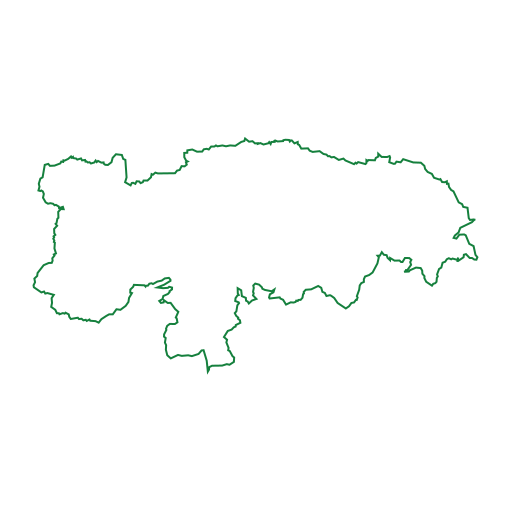 the district of Bolaños, Jalisco, Mexico, rotated 182°
{"feature_id": "50627088B97238980475800", "entity_name": "Bolaños", "entity_type": "district", "adm_level": 2, "iso_a3": "MEX", "parent_name": "Mexico", "parent_adm1": "Jalisco", "projection": "albers", "projection_center": [-103.879, 21.899], "detail": "fine", "context": "isolated", "style": "outline", "palette": "green", "viewbox_px": 512, "rotation_deg": 182, "n_neighbors": 0, "source": "geoboundaries", "source_scale": "gbopen_adm2", "svg_char_len": 6095}
<svg xmlns="http://www.w3.org/2000/svg" viewBox="0 0 512 512"><g transform="rotate(182 256 256)"><path d="M341.2,153.7L337.6,150.7L330.5,154.4L326.7,153.6L320.3,154.4L316.6,153.7L310.0,156.1L307.1,159.7L305.1,160.0L301.6,149.6L300.1,138.8L299.0,140.8L299.0,143.2L296.1,144.8L286.0,145.3L281.4,146.9L278.7,146.4L274.4,149.4L274.3,153.8L276.0,155.1L278.9,160.1L280.5,160.8L280.2,163.2L282.6,168.6L282.0,171.3L285.2,173.9L281.6,180.1L277.8,181.6L275.7,184.0L273.9,184.8L273.8,186.3L269.3,188.7L269.8,191.2L271.8,192.7L271.6,193.8L273.7,195.5L275.2,198.2L273.7,200.0L272.9,206.1L271.3,208.3L271.7,209.1L275.2,210.3L275.0,213.1L273.2,215.9L271.9,216.4L272.9,218.0L273.2,223.2L269.6,221.2L268.7,215.4L264.7,213.8L264.4,211.0L262.7,210.2L261.5,208.3L258.4,211.4L254.1,213.1L257.6,216.5L257.0,218.7L257.7,220.0L257.1,224.0L257.7,226.4L255.8,228.4L251.9,227.5L249.0,224.9L248.5,223.5L245.9,222.4L239.1,221.3L236.5,223.2L237.3,220.3L240.8,218.2L241.5,215.0L240.9,214.0L230.9,215.5L230.1,214.3L227.4,213.2L224.3,208.5L219.7,210.9L216.8,210.8L214.8,211.5L214.2,212.8L212.7,212.5L212.1,213.6L209.9,213.7L208.1,215.9L207.6,219.5L206.8,220.2L207.1,221.7L205.1,224.0L199.7,224.6L192.8,228.2L189.7,226.5L188.4,222.5L185.9,221.5L184.2,218.5L180.7,219.4L179.5,218.9L176.4,216.8L172.8,211.9L164.4,206.7L161.3,209.0L159.0,212.4L156.4,213.0L154.6,215.7L153.8,215.6L153.0,218.1L153.8,219.3L151.7,225.9L151.3,230.2L149.8,232.6L147.3,233.8L147.4,236.6L146.3,239.3L142.3,240.9L138.9,243.6L134.4,252.8L133.2,259.0L134.5,260.5L132.2,260.7L130.4,264.2L128.3,261.7L125.5,261.4L124.4,258.7L121.9,256.5L121.9,258.7L117.4,256.2L112.4,256.5L110.9,255.1L109.4,255.1L107.1,259.2L102.8,259.3L100.6,257.6L101.7,255.3L100.7,252.6L104.3,247.1L105.6,247.2L106.0,246.1L107.4,245.4L102.7,245.8L101.7,247.1L95.7,250.0L91.0,249.7L89.4,247.2L89.1,244.1L86.9,241.7L87.0,239.9L85.0,236.2L79.1,232.5L77.9,234.4L75.9,235.1L74.7,236.5L74.5,240.4L73.6,242.0L74.4,243.9L72.6,249.4L70.4,250.9L69.3,255.8L66.7,256.9L65.2,259.4L63.2,260.5L60.8,259.5L59.5,260.3L54.7,259.2L53.8,261.5L54.5,258.1L54.0,258.0L48.5,262.0L48.3,264.5L46.2,265.2L42.4,261.5L39.9,261.5L37.8,260.1L35.6,260.0L34.7,262.5L36.7,264.8L38.9,273.5L43.3,275.6L47.1,284.0L48.7,284.8L53.5,284.4L56.3,280.4L59.1,281.0L58.0,283.4L54.4,286.6L52.8,291.3L41.4,297.3L39.1,299.9L38.0,299.8L39.8,300.1L43.4,299.5L44.7,301.3L46.3,311.6L50.6,312.3L51.8,315.0L55.3,316.7L60.9,327.5L63.3,328.8L65.5,331.7L66.2,335.0L67.7,334.8L67.9,337.3L69.8,336.3L72.6,336.4L74.4,339.3L75.3,338.8L80.8,340.4L83.1,344.2L87.4,346.0L90.0,348.9L90.9,352.0L94.5,355.0L102.1,355.0L112.3,357.9L114.7,354.7L118.9,355.2L120.3,353.1L121.6,352.9L126.1,354.4L125.4,359.2L126.0,360.5L128.4,359.5L133.9,359.4L137.4,362.5L137.3,359.6L139.7,358.2L140.5,355.8L147.1,355.8L147.7,354.9L149.0,355.7L148.9,352.8L149.8,351.7L157.2,353.4L158.7,351.9L159.8,352.7L161.2,351.2L170.0,354.6L172.0,356.4L176.6,354.9L181.5,357.7L184.1,357.2L186.0,358.4L187.5,358.2L189.1,359.8L192.1,360.3L196.1,363.0L203.0,362.0L206.0,363.1L207.8,365.4L214.5,364.9L216.7,368.5L218.1,369.1L218.3,371.4L221.5,369.9L224.2,372.7L225.2,372.8L226.2,371.6L227.0,373.1L230.6,373.2L232.7,372.7L232.9,371.8L238.4,371.2L240.9,372.1L241.6,371.8L241.4,370.7L244.6,370.5L245.3,368.4L246.8,370.3L247.6,369.1L252.4,367.7L255.6,369.0L258.1,368.1L258.1,368.8L260.9,368.5L263.5,370.6L266.9,370.0L271.0,373.0L271.7,370.5L274.7,369.5L280.5,365.4L285.7,365.6L289.8,364.6L293.4,365.3L298.4,364.3L299.9,365.1L301.3,364.0L304.7,363.8L306.9,360.8L309.0,361.4L311.9,360.8L313.4,358.5L318.6,358.2L323.4,360.2L328.3,359.2L328.3,356.8L331.3,356.5L331.1,352.2L329.1,348.8L327.6,348.1L329.3,347.2L328.4,344.9L330.5,343.1L333.5,343.2L335.3,339.3L337.9,338.6L339.8,335.9L357.0,335.1L359.5,335.8L361.9,333.6L363.2,334.2L363.7,331.0L367.1,327.6L371.0,327.5L371.7,325.8L373.9,324.8L375.3,326.4L377.9,326.5L379.1,323.9L381.4,324.9L382.7,324.6L383.8,322.2L389.4,325.2L388.1,330.0L389.9,347.5L392.1,348.4L393.6,352.3L399.5,352.8L402.7,349.1L403.7,344.7L407.2,341.8L409.9,341.9L411.4,343.0L411.6,344.2L413.8,343.9L417.2,345.5L418.5,344.3L419.6,345.8L420.9,343.8L424.2,342.7L425.6,343.9L427.4,343.6L428.8,344.7L429.7,344.4L430.2,346.0L433.2,345.5L434.3,347.4L438.0,346.1L439.1,347.1L442.1,347.5L442.4,348.7L443.8,347.8L444.4,349.0L447.1,346.5L450.7,344.6L451.8,344.9L452.0,343.3L453.9,343.6L454.8,341.7L460.5,339.3L465.1,338.9L466.8,340.8L470.3,339.7L472.0,327.2L474.2,325.8L475.6,320.6L474.8,317.7L475.7,313.9L473.8,313.4L472.9,314.0L471.3,313.1L470.2,310.6L470.9,306.8L468.1,302.3L465.7,301.0L463.3,301.6L460.6,301.1L459.1,299.7L457.7,300.1L454.8,298.5L454.5,297.0L450.7,298.4L449.9,296.1L452.7,296.1L455.2,293.2L454.8,287.3L455.8,286.3L456.5,282.0L457.4,281.1L455.8,279.3L458.7,276.0L458.4,271.7L457.3,270.1L459.0,268.6L458.4,267.5L459.2,266.2L458.1,264.5L458.5,263.0L457.5,262.3L457.7,256.5L456.0,251.6L458.1,250.5L457.4,249.4L459.5,246.6L459.1,244.2L459.9,242.0L462.9,241.8L467.9,239.4L473.7,231.4L474.0,228.4L476.7,225.7L475.9,222.1L477.3,219.0L476.9,217.0L469.2,212.1L466.6,213.1L465.3,211.1L463.2,211.7L456.7,210.1L458.8,206.7L458.2,202.0L458.9,198.0L454.7,195.2L453.0,191.9L451.0,191.9L450.4,190.9L447.0,192.2L445.2,191.7L444.4,192.7L441.1,191.1L440.5,188.7L438.9,186.6L431.9,188.1L430.7,186.8L428.1,187.2L426.3,185.7L423.9,186.3L422.9,185.2L420.2,186.7L419.4,185.5L414.1,185.3L410.9,183.9L408.3,187.5L403.5,190.9L400.7,192.6L397.1,192.7L393.6,197.9L389.6,197.5L384.5,201.6L381.9,205.6L381.4,209.7L378.7,214.6L380.4,215.0L380.4,218.1L377.7,220.9L377.0,222.9L366.5,222.8L365.4,221.7L365.2,222.4L363.0,222.6L361.6,224.6L359.4,225.1L358.0,224.4L353.7,227.0L349.4,228.1L346.4,230.4L342.3,231.1L340.7,229.4L340.6,228.2L346.8,224.1L353.5,221.1L347.8,220.6L342.9,221.1L341.7,222.2L338.8,221.5L338.8,219.7L341.2,217.8L341.1,216.9L342.7,215.0L347.2,212.8L347.9,209.7L351.1,207.7L349.4,205.8L346.7,206.4L346.3,208.5L342.6,206.0L339.7,206.2L334.9,200.1L331.7,197.5L334.0,191.7L333.1,190.9L332.2,187.0L334.7,185.2L339.8,185.1L342.3,183.1L343.4,180.1L343.0,179.0L345.1,174.5L345.1,172.2L343.4,170.9L344.0,166.3L342.7,163.7L342.8,159.2L341.2,153.7Z" fill="none" stroke="#15803d" stroke-width="2"/></g></svg>